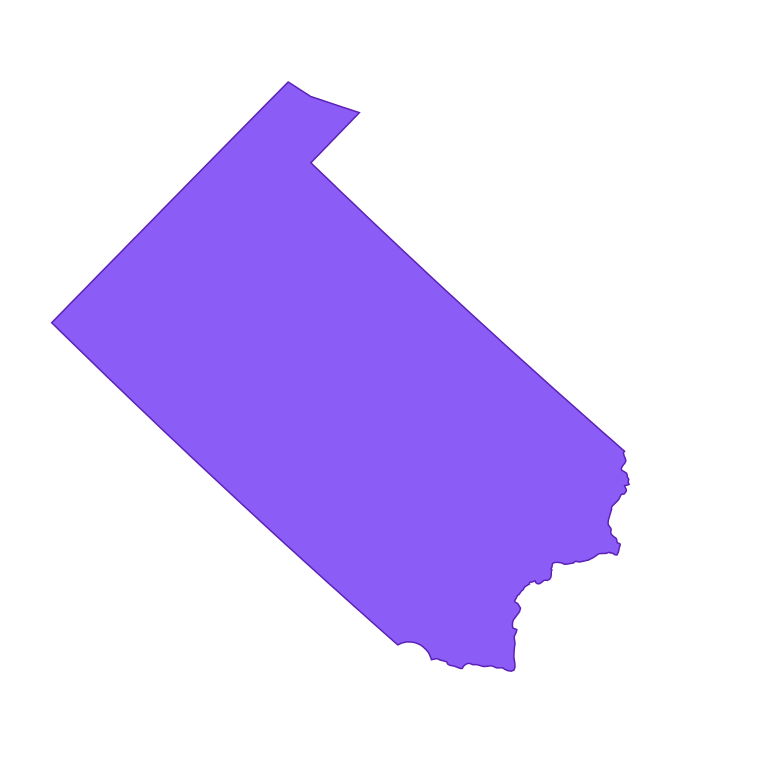 an SVG outline of Pennsylvania, rotated 42°
{"feature_id": "USA-3560", "entity_name": "Pennsylvania", "entity_type": "State", "adm_level": 1, "iso_a3": "USA", "parent_name": "United States of America", "parent_adm1": "", "projection": "orthographic", "projection_center": [-76.702, 41.129], "detail": "fine", "context": "isolated", "style": "filled", "palette": "violet", "viewbox_px": 768, "rotation_deg": 42, "n_neighbors": 0, "source": "natural_earth", "source_scale": "10m", "svg_char_len": 3952}
<svg xmlns="http://www.w3.org/2000/svg" viewBox="0 0 768 768"><g transform="rotate(42 384 384)"><path d="M110.7,223.7L112.2,223.4L124.6,221.4L137.1,219.4L152.0,212.9L167.0,206.4L181.9,199.8L184.1,198.8L184.0,203.2L183.8,207.6L183.7,212.0L183.5,216.4L183.3,220.8L183.2,225.2L183.0,229.5L182.9,233.9L182.7,237.7L182.6,241.5L182.5,245.3L182.3,249.0L182.2,252.8L182.1,256.6L181.9,260.4L181.8,264.1L181.6,268.5L185.1,268.7L198.2,269.1L211.3,269.5L224.4,270.0L237.5,270.3L250.6,270.7L263.7,271.1L276.8,271.4L289.9,271.7L303.0,272.0L316.1,272.3L329.2,272.5L342.3,272.8L355.4,273.0L368.5,273.2L381.6,273.3L394.8,273.5L407.9,273.6L421.0,273.7L434.1,273.8L447.2,273.9L460.3,273.9L473.4,273.9L486.5,273.9L499.6,273.9L512.7,273.9L525.9,273.8L539.0,273.7L552.1,273.6L565.2,273.5L578.3,273.4L591.4,273.2L604.5,273.1L606.6,273.0L607.8,273.0L607.8,274.7L610.1,276.5L613.2,277.9L615.2,279.3L615.9,281.7L616.1,284.9L616.7,287.8L618.3,289.0L623.7,288.0L624.9,288.4L627.0,290.2L629.7,291.1L631.1,293.5L632.0,294.1L633.3,294.5L632.9,295.7L630.8,298.6L632.8,299.6L634.5,300.2L635.7,301.4L636.1,304.2L635.9,305.4L634.6,306.6L634.3,307.8L635.7,312.7L635.7,315.3L635.3,322.0L635.6,323.4L636.8,324.6L641.9,335.1L643.3,337.1L645.0,338.6L649.3,339.5L650.6,340.7L651.5,342.2L652.9,343.4L655.3,343.8L660.0,343.4L661.9,344.6L663.2,345.7L664.3,345.7L665.2,345.2L666.3,344.9L667.0,345.3L667.6,346.3L668.4,348.4L669.3,349.6L670.8,352.4L671.4,354.9L671.5,355.2L669.6,356.5L667.4,356.7L666.4,357.1L665.1,358.3L664.1,358.4L663.6,358.8L663.3,359.3L662.8,360.6L662.6,361.0L657.5,366.0L656.8,367.8L656.7,368.7L655.9,372.3L653.7,378.1L648.7,385.1L647.5,386.2L646.8,386.4L645.8,387.1L644.9,387.9L644.5,388.5L644.6,390.1L644.5,390.4L644.2,390.6L640.3,395.7L638.5,397.3L636.3,397.9L634.9,398.6L632.6,400.2L630.4,402.2L629.4,404.3L629.7,405.2L630.3,406.2L631.4,407.8L631.5,408.3L631.4,408.9L631.4,409.4L631.8,409.6L632.4,409.6L632.9,409.7L633.4,410.1L633.5,410.9L634.3,412.0L635.8,413.7L637.3,415.9L637.7,418.4L636.8,420.7L635.4,421.6L634.3,422.9L633.8,426.0L633.2,428.4L631.6,429.8L629.6,430.0L627.8,429.2L626.9,431.4L626.3,432.4L625.6,432.9L625.1,433.4L625.2,434.5L625.6,435.4L625.9,435.4L624.7,439.2L624.3,440.9L624.7,442.5L625.1,443.8L624.8,444.8L624.7,446.1L625.2,450.2L624.7,451.5L624.9,452.8L625.4,454.2L626.2,457.8L627.4,458.3L630.4,457.7L635.4,459.2L637.1,462.6L638.0,472.7L639.1,475.1L641.0,477.6L643.2,479.1L647.0,477.6L648.3,479.8L649.8,484.7L655.1,489.3L656.0,490.5L656.3,491.2L659.8,495.9L662.9,499.7L668.3,504.2L670.9,506.9L672.0,509.7L670.8,512.2L668.0,514.1L664.7,515.2L662.3,515.6L661.3,516.2L657.9,519.4L656.9,519.9L653.2,521.1L651.7,522.2L647.9,526.6L646.6,527.6L643.1,529.3L640.9,530.3L637.6,533.3L635.4,534.0L633.7,535.0L632.4,537.3L631.9,540.3L632.5,543.0L631.1,544.3L625.1,546.6L621.1,549.0L618.7,549.5L616.3,548.5L610.2,551.7L608.4,552.1L606.9,552.9L603.7,557.2L603.0,556.6L601.5,555.9L599.2,554.8L596.7,553.8L593.2,553.3L588.9,553.2L586.1,553.4L583.2,554.3L581.0,555.1L578.5,556.4L576.1,558.2L573.2,560.7L570.5,564.7L568.9,568.5L568.7,568.7L568.0,568.7L567.6,568.7L556.5,568.8L545.0,568.9L533.4,569.0L521.9,569.0L510.4,569.1L498.9,569.1L487.4,569.1L475.9,569.2L464.4,569.1L452.9,569.1L441.4,569.1L429.9,569.0L418.3,569.0L406.8,568.9L395.3,568.8L383.8,568.7L372.3,568.5L360.8,568.4L349.3,568.2L337.8,568.0L326.3,567.8L314.8,567.6L303.3,567.4L291.8,567.2L280.3,566.9L268.8,566.6L257.2,566.4L245.7,566.1L234.2,565.7L222.7,565.4L211.3,565.1L199.8,564.7L186.8,564.3L173.8,563.9L160.8,563.4L147.9,562.9L134.9,562.4L121.9,561.9L109.0,561.4L96.0,560.8L96.4,551.8L96.8,542.8L97.1,533.7L97.5,524.7L98.0,514.3L98.4,503.9L98.8,493.5L99.3,483.1L99.7,472.7L100.2,462.3L100.6,451.9L101.0,441.5L101.1,441.4L101.1,441.2L101.1,440.9L101.7,427.4L102.3,413.8L102.8,400.2L103.4,386.6L104.0,373.0L104.6,359.4L105.2,345.9L105.8,332.3L106.4,318.7L107.0,305.1L107.6,291.5L108.2,278.0L108.8,264.4L109.4,250.8L110.1,237.2L110.7,223.7Z" fill="#8b5cf6" stroke="#5b21b6" stroke-width="1.5"/></g></svg>